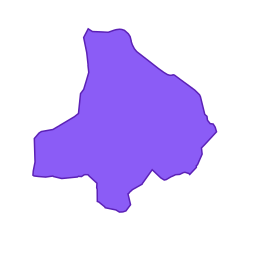 the district of Akamkpa, Cross River, Nigeria, rotated 297°
{"feature_id": "59680162B55799213409467", "entity_name": "Akamkpa", "entity_type": "district", "adm_level": 2, "iso_a3": "NGA", "parent_name": "Nigeria", "parent_adm1": "Cross River", "projection": "mercator", "projection_center": [8.538, 5.38], "detail": "fine", "context": "isolated", "style": "filled", "palette": "violet", "viewbox_px": 256, "rotation_deg": 297, "n_neighbors": 0, "source": "geoboundaries", "source_scale": "gbopen_adm2", "svg_char_len": 1397}
<svg xmlns="http://www.w3.org/2000/svg" viewBox="0 0 256 256"><g transform="rotate(297 128 128)"><path d="M164.8,208.6L168.3,205.3L170.2,202.1L169.2,199.2L171.0,195.3L174.2,193.1L175.0,190.2L188.8,178.3L190.1,176.6L192.1,170.2L192.4,168.4L195.1,151.8L195.2,151.4L196.0,146.6L196.2,145.3L195.9,144.0L195.1,143.3L194.0,141.5L193.5,138.9L193.8,134.7L194.8,128.1L196.4,119.9L199.8,102.1L200.1,100.9L201.5,97.7L204.0,94.2L206.3,91.8L207.2,91.2L210.4,88.4L211.0,87.4L212.1,85.5L213.4,80.5L213.0,77.8L212.2,75.7L210.4,73.0L208.9,71.3L204.3,66.9L201.5,60.6L197.8,52.5L198.3,47.5L188.5,47.4L176.3,57.1L166.4,63.6L165.5,64.0L159.7,67.8L150.7,69.5L142.3,71.0L137.1,70.1L118.9,77.1L118.5,77.3L113.7,75.1L92.6,61.8L85.5,52.4L83.1,51.0L76.1,49.3L55.5,60.6L46.7,63.1L42.8,64.7L42.6,66.0L44.2,70.4L46.9,76.9L51.1,82.9L50.9,83.5L52.9,91.9L61.4,105.2L62.4,105.7L63.6,108.6L66.2,110.1L66.9,110.8L68.2,113.5L67.5,115.4L64.7,125.4L60.6,127.2L59.2,128.5L48.6,134.0L48.8,135.5L47.2,143.0L46.6,143.9L49.5,154.4L49.2,158.5L50.9,161.5L53.2,163.8L60.8,165.1L69.3,157.9L70.6,158.5L72.3,158.8L73.9,159.6L74.9,159.8L84.4,166.1L85.0,166.0L101.8,168.5L98.4,180.0L98.1,183.9L99.4,185.5L104.0,188.4L105.5,189.7L108.0,191.6L110.1,195.1L113.4,197.6L114.4,198.9L115.1,202.9L114.6,204.1L123.9,206.8L125.5,206.0L126.7,206.6L138.4,205.9L143.6,202.5L148.4,204.0L164.8,208.6Z" fill="#8b5cf6" stroke="#5b21b6" stroke-width="1.5"/></g></svg>